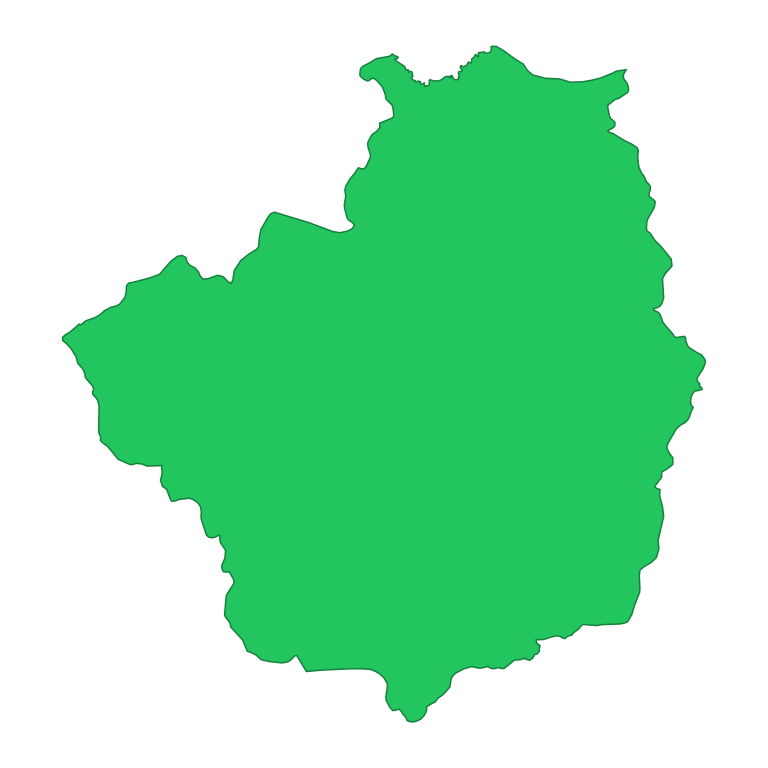 Si Sakhon, Narathiwat, Thailand
{"feature_id": "78962969B93940138269619", "entity_name": "Si Sakhon", "entity_type": "district", "adm_level": 2, "iso_a3": "THA", "parent_name": "Thailand", "parent_adm1": "Narathiwat", "projection": "orthographic", "projection_center": [101.514, 6.19], "detail": "fine", "context": "isolated", "style": "filled", "palette": "green", "viewbox_px": 768, "rotation_deg": 0, "n_neighbors": 0, "source": "geoboundaries", "source_scale": "gbopen_adm2", "svg_char_len": 5965}
<svg xmlns="http://www.w3.org/2000/svg" viewBox="0 0 768 768"><path d="M118.3,459.4L129.9,464.5L132.9,464.5L136.3,463.3L141.8,464.0L147.3,466.1L161.7,465.6L162.1,473.9L160.5,480.1L162.5,486.4L166.6,489.2L170.7,500.1L171.4,501.0L173.8,501.2L177.0,500.4L178.7,499.4L189.3,498.3L192.7,499.3L197.1,502.1L199.8,505.5L200.6,507.1L201.3,511.9L201.0,517.0L201.4,519.4L206.0,533.8L207.0,535.7L208.3,536.8L211.5,537.8L215.2,537.2L218.4,535.4L219.8,535.5L219.9,540.0L220.6,543.0L225.1,549.5L225.5,550.8L224.9,558.2L221.8,565.3L221.9,568.3L223.2,571.5L224.0,572.0L228.5,571.9L229.9,572.9L233.7,579.7L234.1,581.7L233.7,583.8L227.0,594.1L226.2,596.1L224.6,614.7L225.0,616.2L229.8,622.7L230.8,627.1L242.7,640.1L247.4,651.3L250.7,652.3L255.9,654.9L260.3,658.9L262.1,660.0L268.4,661.4L279.8,662.7L282.4,662.9L287.8,661.9L291.7,659.2L294.7,655.8L296.3,655.6L297.0,655.9L306.4,671.5L322.0,670.1L350.1,668.8L361.4,668.8L370.0,669.3L375.4,671.3L379.5,673.8L383.9,677.8L387.3,683.6L387.3,687.6L385.9,696.4L386.1,700.1L389.9,707.6L392.8,710.6L395.7,710.2L398.8,709.1L400.8,710.7L403.1,714.4L406.2,717.9L407.0,720.4L409.6,721.6L413.6,721.9L417.6,720.7L420.7,719.1L424.1,715.6L426.4,711.2L426.9,706.6L432.3,703.2L434.8,702.3L438.2,698.0L441.9,695.5L444.9,692.7L449.8,687.1L451.1,679.2L452.2,676.6L455.0,673.5L463.4,669.0L471.0,666.7L473.5,666.9L478.4,668.1L481.8,668.0L487.8,666.5L490.5,668.1L492.6,668.7L495.4,668.5L498.1,667.5L501.4,668.5L504.1,668.5L514.3,660.2L521.1,659.6L523.5,658.2L524.4,658.3L524.5,659.0L526.3,658.7L527.1,659.7L529.6,660.3L531.4,658.9L532.6,658.5L533.2,656.8L533.9,656.3L534.9,654.2L537.4,653.9L539.4,650.9L539.4,647.2L539.9,646.9L539.9,645.6L539.1,644.8L538.1,644.6L536.5,642.5L536.1,639.8L543.7,639.5L549.5,637.5L556.2,635.8L559.9,636.3L563.3,638.3L565.0,638.6L567.4,636.3L571.8,635.1L573.1,633.1L578.8,628.9L581.3,625.6L583.1,624.5L596.4,625.6L602.2,624.6L620.6,623.9L624.7,623.0L627.7,621.7L631.7,614.7L634.5,605.4L639.6,592.5L639.9,588.2L639.3,575.6L640.0,570.1L644.0,566.7L651.2,562.5L656.4,557.5L658.9,548.7L658.1,540.3L663.7,516.2L662.5,506.7L659.6,495.7L660.0,489.5L656.6,488.4L655.1,487.2L655.5,485.4L661.6,477.3L661.7,472.1L668.7,467.9L672.9,464.3L672.8,457.6L670.2,454.5L667.5,449.6L666.8,447.0L667.9,443.5L676.5,428.6L680.4,425.2L685.7,422.2L689.0,418.1L691.1,411.6L693.2,407.5L691.6,405.6L690.5,402.0L691.1,397.1L692.4,394.0L694.7,391.1L699.8,390.2L702.1,389.3L702.0,388.3L699.6,385.8L699.6,383.5L697.9,381.9L696.6,378.8L703.3,368.3L705.0,363.7L705.4,360.8L704.4,358.7L701.6,354.9L696.5,352.3L688.7,347.3L687.3,345.0L685.6,340.2L685.6,337.7L684.6,336.5L683.3,336.4L676.6,337.5L674.6,336.8L672.3,333.3L665.5,325.7L662.7,321.9L660.4,315.0L658.3,312.4L654.2,310.4L653.6,308.5L656.7,307.8L659.9,306.2L662.0,303.3L663.7,297.8L662.5,279.3L662.9,277.8L665.3,273.6L672.0,266.0L671.2,259.1L661.7,247.2L654.8,240.3L650.3,233.3L647.0,230.9L646.5,229.1L646.8,221.8L647.8,218.9L653.4,209.1L654.6,206.0L655.2,202.0L654.7,200.8L649.3,196.5L649.0,193.4L650.2,190.4L650.4,186.8L649.1,184.3L646.7,182.2L644.1,176.4L641.8,173.5L638.9,167.2L637.7,157.9L638.3,150.4L637.3,147.9L631.4,143.9L624.1,140.4L613.8,134.0L607.9,131.6L607.7,130.8L613.5,127.5L614.9,125.7L614.9,122.3L610.6,118.4L609.5,116.1L607.8,107.6L607.9,105.1L615.1,99.5L619.2,98.2L627.8,92.2L628.6,89.8L628.2,86.6L626.7,82.5L624.1,79.5L623.2,76.5L623.7,74.1L626.2,69.7L616.1,71.2L613.5,72.8L600.6,78.0L591.9,80.2L582.7,81.8L570.3,82.2L559.5,78.9L545.4,78.3L532.9,75.0L527.5,70.6L523.2,64.0L515.1,59.1L503.8,50.8L496.1,46.3L494.6,46.5L492.3,46.1L491.2,46.8L491.0,47.7L491.6,49.4L489.5,52.9L485.8,53.2L483.8,51.7L481.3,52.5L478.8,52.4L478.4,52.9L478.4,56.6L477.5,56.5L476.0,54.7L475.4,54.5L474.5,56.6L471.8,58.9L471.5,61.9L470.8,63.0L468.3,62.1L466.5,65.7L463.3,66.7L461.2,65.7L460.6,65.8L460.3,67.6L462.2,70.5L461.3,71.5L459.0,71.6L458.6,72.0L458.4,73.6L459.4,75.9L458.4,77.1L458.8,78.1L458.0,79.6L454.6,79.7L453.4,78.5L452.2,75.9L451.4,75.6L450.3,76.2L451.0,77.2L450.6,77.9L448.7,76.5L446.6,76.5L444.4,77.2L442.2,79.4L438.6,81.0L433.3,80.8L430.1,79.7L429.3,80.5L429.3,84.1L428.6,85.4L427.8,85.9L426.4,85.6L425.1,86.5L424.3,85.9L424.4,83.0L420.7,84.4L420.3,84.1L420.4,81.7L417.8,81.0L416.7,82.0L415.5,82.0L415.2,80.7L413.7,80.3L411.6,78.8L411.5,78.3L412.8,76.0L411.9,71.8L409.8,71.3L408.7,72.1L408.0,69.7L405.9,70.1L405.1,67.4L404.2,66.1L396.4,61.1L395.0,59.6L395.4,58.7L396.8,58.8L397.7,58.4L398.0,57.3L397.7,56.6L394.8,55.8L392.1,54.0L391.3,55.2L389.0,56.4L376.5,58.6L370.0,62.6L363.0,66.2L361.2,67.8L360.3,69.6L359.9,75.0L360.4,76.4L364.2,79.5L367.4,80.9L368.9,80.6L372.0,78.2L373.7,78.5L376.2,80.0L378.7,82.5L382.7,87.6L385.3,94.7L385.9,98.8L388.5,101.8L391.9,104.7L393.2,109.3L393.7,115.3L393.3,117.0L392.1,118.1L379.7,123.1L379.8,127.7L376.4,131.6L373.0,133.8L371.5,135.4L367.9,142.2L367.7,144.9L368.2,147.8L370.4,154.6L370.5,156.9L366.5,165.8L365.0,167.9L363.4,168.8L361.3,168.7L358.3,167.8L354.6,173.4L350.2,178.6L345.7,186.3L344.9,190.2L345.7,196.3L344.3,204.8L344.7,208.6L347.0,217.5L347.7,219.0L348.6,220.0L352.2,222.4L354.5,225.2L351.9,228.9L347.5,231.1L339.9,232.7L332.9,231.6L309.1,222.7L274.5,212.2L270.7,213.8L268.0,217.1L260.9,229.6L259.2,238.8L258.6,247.0L255.9,249.7L248.8,254.1L240.7,260.6L234.1,270.9L233.0,279.1L231.4,283.4L228.1,281.8L223.3,276.8L217.9,275.2L207.5,278.9L202.7,278.9L200.0,275.6L198.4,271.8L195.1,268.0L189.7,265.2L187.0,261.9L186.0,257.6L182.2,255.4L177.3,256.4L170.8,261.3L159.4,274.4L149.1,278.1L132.3,282.5L129.5,282.8L127.4,284.4L126.5,286.2L126.1,292.6L125.0,297.1L119.8,304.0L116.3,306.0L110.8,307.3L104.5,310.7L99.3,315.3L93.5,318.2L86.0,320.7L80.8,324.9L79.2,324.1L69.8,332.2L65.3,334.8L63.0,336.9L62.6,338.1L62.7,340.5L67.3,344.4L71.4,349.2L76.1,356.8L77.7,363.3L82.0,368.0L83.7,370.8L84.7,373.4L85.3,377.1L86.2,378.7L92.3,385.6L93.3,387.7L93.4,390.2L92.6,392.2L92.8,394.4L96.1,397.8L97.6,400.3L99.1,405.7L98.6,430.1L99.1,433.7L100.7,436.8L100.4,439.7L100.7,440.9L102.8,443.0L107.6,446.4L118.3,459.4Z" fill="#22c55e" stroke="#15803d" stroke-width="1.5"/></svg>